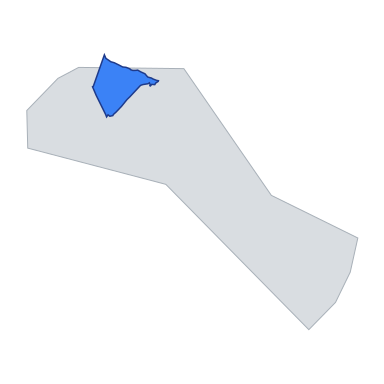 Agat, Guam shown in context, rotated 91°
{"feature_id": "77769853B39660846480906", "entity_name": "Agat", "entity_type": "district", "adm_level": 2, "iso_a3": "GUM", "parent_name": "Guam", "parent_adm1": "", "projection": "orthographic", "projection_center": [144.666, 13.365], "detail": "fine", "context": "in_parent", "style": "filled", "palette": "blue", "viewbox_px": 384, "rotation_deg": 91, "n_neighbors": 0, "source": "geoboundaries", "source_scale": "gbopen_adm2", "svg_char_len": 939}
<svg xmlns="http://www.w3.org/2000/svg" viewBox="0 0 384 384"><g transform="rotate(91 192 192)"><path d="M151.0,357.0L113.4,358.6L80.7,328.0L69.4,307.5L68.8,202.3L194.0,112.6L235.1,25.4L269.4,32.4L299.9,46.6L327.6,72.8L184.8,218.3L151.0,357.0Z" fill="#d9dde1" stroke="#a8b0b8" stroke-width="1"/><path d="M81.3,227.5L81.0,229.4L79.5,233.4L79.0,234.1L78.8,234.4L78.3,236.5L77.8,238.3L76.7,239.3L75.2,240.6L74.6,241.1L72.8,245.3L72.6,245.7L71.1,248.4L71.4,250.4L71.5,253.3L70.8,255.5L70.0,256.2L68.5,260.1L68.2,263.5L66.3,267.3L64.1,272.0L63.2,275.4L59.9,280.4L56.4,282.0L88.0,292.5L88.5,293.3L97.0,289.5L115.8,279.8L118.4,278.7L116.3,277.3L117.7,275.5L117.0,272.5L115.8,271.9L113.5,269.4L107.5,263.9L100.7,258.6L97.9,255.8L86.7,245.7L86.1,244.9L85.4,242.8L84.5,237.8L83.6,236.5L85.3,235.7L86.4,236.0L86.7,235.5L86.3,235.1L85.1,234.2L85.3,231.1L83.7,230.2L82.0,227.7L81.3,227.5Z" fill="#3b82f6" stroke="#1e3a8a" stroke-width="1.5"/></g></svg>